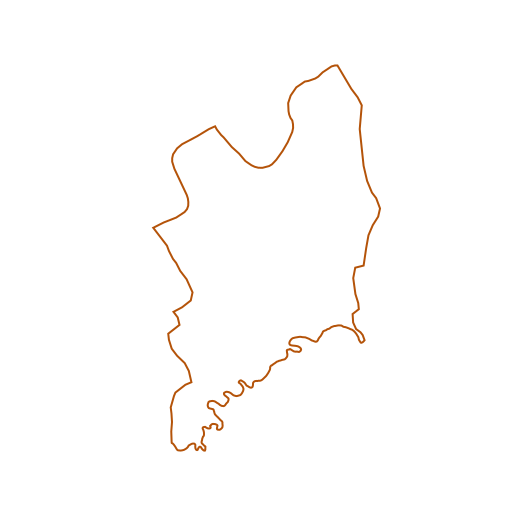 Kim Jong Suk, Ryanggang, North Korea (orthographic projection), rotated 142°
{"feature_id": "82179303B38572973441712", "entity_name": "Kim Jong Suk", "entity_type": "district", "adm_level": 2, "iso_a3": "PRK", "parent_name": "North Korea", "parent_adm1": "Ryanggang", "projection": "orthographic", "projection_center": [127.758, 41.268], "detail": "fine", "context": "isolated", "style": "outline", "palette": "amber", "viewbox_px": 512, "rotation_deg": 142, "n_neighbors": 0, "source": "geoboundaries", "source_scale": "gbopen_adm2", "svg_char_len": 6156}
<svg xmlns="http://www.w3.org/2000/svg" viewBox="0 0 512 512"><g transform="rotate(142 256 256)"><path d="M74.5,356.0L76.6,357.6L79.8,358.9L90.4,359.7L96.6,359.0L100.1,359.4L106.9,361.7L110.1,363.4L120.4,364.1L129.9,361.1L136.5,356.7L141.2,350.1L142.7,347.2L143.8,343.6L144.0,340.4L145.7,337.1L147.9,334.1L151.1,331.4L161.0,326.1L170.6,322.3L180.8,319.3L187.0,318.4L190.3,318.8L196.6,321.5L199.8,324.1L202.1,327.1L203.7,330.3L205.9,337.2L206.3,347.1L208.0,356.8L208.5,369.5L209.0,372.8L209.0,379.8L208.4,383.4L215.1,385.0L228.6,386.6L245.4,389.6L251.9,389.4L258.7,387.2L261.8,384.7L264.0,381.9L266.6,375.0L273.0,346.7L274.2,343.4L276.1,340.2L278.5,337.3L281.5,335.4L285.2,334.6L295.2,335.4L308.0,339.2L319.6,341.5L319.8,318.9L321.5,313.6L323.2,304.9L323.2,299.6L324.9,290.9L325.0,280.4L328.4,266.4L334.8,261.1L345.9,261.1L355.4,262.8L355.5,255.8L358.7,248.8L373.0,248.8L376.2,243.6L379.5,234.8L379.6,226.0L378.1,215.5L379.7,206.8L384.6,196.3L390.9,198.0L403.6,198.0L406.8,196.2L416.4,189.2L419.6,183.9L424.4,176.9L430.8,169.9L437.2,161.1L437.5,160.5L437.0,159.3L436.9,157.9L437.0,155.7L437.4,152.6L437.4,151.9L437.3,151.3L437.0,150.8L435.2,149.1L433.8,148.3L432.2,147.6L430.4,147.3L429.0,147.2L427.4,147.4L425.7,148.1L425.2,148.0L423.0,147.7L422.2,147.5L421.5,147.2L420.5,146.5L420.3,146.3L420.0,145.8L420.0,145.1L420.0,144.7L420.7,143.7L421.0,143.5L422.0,142.0L422.3,141.0L422.4,140.6L422.4,140.2L422.3,139.8L422.1,139.5L421.9,139.3L421.6,139.2L421.3,139.2L420.3,139.8L418.8,140.4L417.9,140.4L417.7,140.3L417.3,139.9L417.2,139.5L417.1,139.2L417.1,138.8L417.3,138.0L417.3,136.7L417.0,135.2L416.7,134.6L416.5,134.4L416.0,134.1L415.5,134.4L415.1,134.7L414.7,135.1L414.4,135.6L413.4,136.7L413.2,137.0L413.2,137.4L413.4,137.7L413.6,138.6L413.7,139.5L413.7,140.1L414.0,141.5L413.9,142.0L413.8,142.3L413.6,142.7L412.8,143.5L411.9,144.1L411.0,145.0L409.1,146.2L408.4,146.3L407.7,146.6L407.1,147.1L406.0,148.5L405.3,149.6L405.1,150.2L404.8,150.7L404.6,151.5L404.4,152.3L404.3,152.8L403.9,153.3L403.6,153.5L403.3,153.6L402.5,153.4L401.3,152.7L401.1,152.3L401.1,152.1L400.9,151.4L400.3,150.2L400.0,149.7L399.2,149.0L398.6,148.6L398.0,148.5L397.6,148.6L397.2,149.0L397.1,149.3L396.9,149.9L396.8,150.3L396.6,150.4L396.0,150.3L395.3,150.6L394.4,150.6L393.7,150.4L393.3,150.2L392.1,149.1L391.7,148.7L391.2,147.9L390.8,147.2L390.7,146.5L390.7,146.2L390.9,146.0L391.4,145.5L392.0,145.1L393.1,144.0L393.3,143.5L393.2,142.9L393.0,142.7L392.0,141.7L391.4,141.4L390.5,141.3L389.0,141.4L388.0,141.7L387.1,142.5L386.5,143.2L385.8,144.4L384.9,145.5L384.6,146.5L384.7,147.1L385.1,149.3L385.1,150.4L385.3,151.6L385.3,152.6L385.5,153.2L385.7,155.2L385.8,156.3L385.7,157.0L385.5,157.5L385.2,158.4L384.8,159.0L384.6,159.8L384.1,160.9L384.1,161.2L384.1,161.5L384.4,162.0L384.9,162.6L385.4,163.3L386.0,164.0L386.6,164.9L386.8,165.2L386.8,165.8L386.7,166.6L386.2,167.8L386.0,168.0L385.2,168.9L383.4,170.1L383.0,170.1L382.2,170.1L381.5,169.7L380.3,169.1L379.3,168.4L378.4,167.4L377.8,166.4L377.1,164.2L376.4,162.5L376.2,161.0L375.9,160.5L375.7,159.8L375.3,159.0L375.0,158.7L374.2,157.9L373.9,157.6L373.1,157.4L372.0,157.5L371.3,157.7L370.6,158.0L370.0,158.1L368.2,158.3L366.8,159.1L366.2,159.6L365.6,160.2L365.4,161.1L365.8,162.9L365.9,163.7L366.3,164.9L366.4,165.8L366.4,166.2L366.4,166.5L366.2,166.9L365.8,167.5L365.5,167.7L365.2,167.8L364.2,167.6L363.3,167.4L363.0,167.3L362.5,166.9L361.6,165.9L361.3,165.4L361.0,165.1L360.3,163.5L360.2,163.0L360.1,162.7L360.0,162.1L359.8,161.3L359.5,160.1L358.4,158.5L357.6,157.6L356.4,157.0L354.1,156.1L353.6,156.1L352.8,156.2L351.4,156.6L349.4,157.5L348.2,158.4L347.8,158.9L347.5,159.3L347.3,159.9L347.0,160.9L346.9,161.3L346.9,161.7L346.9,164.8L347.5,166.7L347.4,167.0L347.0,167.4L346.5,167.6L345.6,167.7L344.6,167.4L344.3,167.1L343.2,164.1L343.1,163.5L343.0,162.8L343.2,159.7L343.1,159.4L342.7,158.7L342.1,157.0L341.6,156.0L341.4,155.7L341.1,155.4L340.8,155.2L340.4,155.0L339.6,155.0L339.1,155.1L337.7,156.3L337.1,157.1L336.4,157.8L336.0,158.0L335.0,158.2L334.1,158.1L333.6,157.9L332.3,157.1L332.0,156.7L331.6,156.5L330.9,156.2L329.9,155.4L329.3,155.1L328.8,154.9L327.4,154.7L326.9,154.7L322.0,155.2L320.9,155.5L318.2,156.4L315.3,157.7L314.5,158.3L313.9,158.9L313.6,159.3L313.3,159.7L312.2,160.2L311.1,160.3L310.6,160.0L309.1,160.1L307.0,159.9L304.7,159.9L303.3,159.4L302.3,159.2L300.9,158.5L299.5,158.1L298.3,157.5L297.2,157.0L296.8,156.9L296.4,156.9L295.5,157.0L293.6,157.5L293.2,157.7L292.6,158.3L292.0,158.9L291.6,159.7L291.3,160.0L291.2,160.5L290.7,161.3L290.5,161.6L290.3,161.9L290.1,162.3L289.8,162.6L289.3,162.8L288.2,162.4L287.5,161.9L286.6,161.8L286.4,161.5L286.2,161.3L285.9,160.2L285.3,158.7L285.1,158.0L284.8,157.4L283.5,156.0L282.6,155.5L281.7,154.4L281.5,154.2L280.9,153.8L280.1,153.8L279.3,153.8L278.3,154.3L278.0,154.6L277.6,155.6L277.8,157.2L278.4,158.7L279.2,159.8L280.3,161.0L282.5,163.1L283.3,164.0L283.8,164.9L283.9,165.4L283.8,166.0L283.6,166.5L283.0,167.2L282.1,167.8L281.2,168.2L279.7,168.6L278.7,168.7L277.6,168.6L275.3,167.6L271.8,165.7L270.9,165.1L270.0,164.2L269.7,163.8L269.3,163.4L268.3,162.5L267.2,161.5L265.2,158.1L264.9,157.4L264.0,155.0L263.6,154.5L262.0,151.9L261.2,151.4L260.8,151.2L259.8,151.3L258.7,151.7L257.7,152.3L256.0,152.8L254.3,153.1L251.6,154.2L251.1,154.4L250.1,155.0L249.7,155.2L249.2,155.2L248.1,155.0L246.4,154.4L245.9,154.4L244.9,154.4L244.1,154.1L243.6,153.8L242.7,153.6L240.4,153.6L237.9,152.8L237.2,152.5L236.9,152.2L236.3,151.9L233.9,150.7L233.0,150.0L231.5,148.6L231.1,147.6L231.0,147.1L230.3,145.9L229.4,145.0L228.4,143.5L228.2,143.1L227.5,142.0L227.1,141.2L226.9,140.8L226.7,140.3L226.4,140.0L226.2,139.6L225.7,138.8L225.1,136.8L224.9,134.9L224.9,132.9L225.1,131.2L225.3,129.3L225.4,128.9L226.2,127.2L226.5,126.4L226.7,124.6L226.8,123.6L226.7,123.1L226.6,122.9L226.3,122.7L226.0,122.6L225.3,122.5L224.7,122.4L223.2,122.6L222.3,122.8L220.6,128.0L220.6,131.5L222.1,136.8L220.4,143.8L215.6,150.8L207.7,150.8L204.4,156.0L201.1,164.8L193.0,178.7L185.0,185.7L177.1,182.2L164.3,194.4L154.6,203.1L145.0,208.4L135.5,211.8L129.0,217.1L125.7,227.6L125.6,234.6L122.2,246.8L115.7,260.8L96.1,292.2L79.9,309.6L78.2,318.4L78.0,328.9L74.5,356.0Z" fill="none" stroke="#b45309" stroke-width="2"/></g></svg>